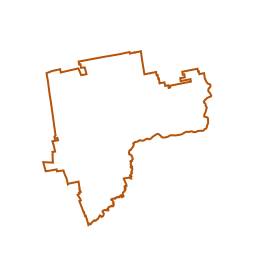 Xicoténcatl, Tamaulipas, Mexico (Natural Earth projection), rotated 251°
{"feature_id": "50627088B55744445073678", "entity_name": "Xicoténcatl", "entity_type": "district", "adm_level": 2, "iso_a3": "MEX", "parent_name": "Mexico", "parent_adm1": "Tamaulipas", "projection": "natural_earth1", "projection_center": [-99.006, 22.986], "detail": "fine", "context": "isolated", "style": "outline", "palette": "amber", "viewbox_px": 256, "rotation_deg": 251, "n_neighbors": 0, "source": "geoboundaries", "source_scale": "gbopen_adm2", "svg_char_len": 5641}
<svg xmlns="http://www.w3.org/2000/svg" viewBox="0 0 256 256"><g transform="rotate(251 128 128)"><path d="M148.8,217.1L149.0,217.0L149.7,216.7L155.1,217.8L155.7,213.0L158.5,213.4L158.6,212.6L161.4,213.0L163.5,197.6L160.6,197.1L160.4,198.7L157.4,198.2L157.9,194.9L158.1,193.6L155.2,193.1L154.1,201.1L153.9,203.0L151.4,202.6L154.3,181.4L152.6,181.1L152.6,179.5L155.3,179.9L155.7,176.8L159.3,177.3L159.8,174.1L159.9,172.4L164.6,173.3L164.7,172.6L168.4,173.2L168.5,172.2L171.8,172.8L173.4,161.0L187.5,163.4L196.4,165.2L196.7,162.3L197.2,159.5L197.0,159.4L197.4,158.8L197.2,158.7L197.3,158.1L197.8,154.0L199.3,154.2L200.6,143.6L203.2,127.8L206.9,103.0L203.9,102.5L203.7,103.8L200.2,103.2L199.4,106.8L192.4,106.3L193.1,101.0L200.5,100.5L201.0,96.0L202.4,82.5L205.7,83.0L206.4,76.3L206.6,75.2L206.4,68.8L202.9,68.2L198.7,67.6L184.5,64.7L177.4,63.5L147.3,57.6L144.5,57.1L143.9,55.7L141.7,55.4L141.6,58.0L139.2,57.8L140.1,52.2L135.7,52.1L129.4,51.4L130.0,48.8L129.1,48.7L128.5,48.4L127.5,48.1L127.2,47.9L126.9,47.9L124.5,47.1L122.6,46.5L119.7,45.8L123.3,36.7L113.9,36.1L113.7,37.4L113.0,41.0L112.1,47.0L110.2,46.7L108.9,53.1L104.4,53.1L101.3,53.4L99.4,53.4L94.3,52.8L94.7,54.5L94.4,56.1L93.4,63.8L87.1,62.6L85.9,62.5L85.8,62.0L83.0,62.5L83.0,60.7L81.7,60.9L81.3,58.6L76.4,59.8L74.9,59.8L74.8,58.2L67.4,58.5L63.3,58.6L63.2,58.6L62.7,58.6L62.7,59.0L58.7,58.7L58.7,59.5L54.0,59.3L49.2,59.0L49.4,59.4L50.3,59.8L50.4,60.1L50.2,60.5L49.1,61.0L49.1,61.3L49.3,61.5L49.7,62.1L50.7,63.6L51.0,64.3L51.4,65.1L51.6,65.6L51.6,66.1L51.0,66.3L51.0,66.8L50.9,67.3L51.3,67.7L51.6,68.6L51.7,68.9L51.5,69.1L51.6,69.5L52.1,70.1L52.4,70.6L52.8,71.1L53.8,72.1L54.3,72.7L54.5,73.0L54.3,73.2L53.8,73.6L52.7,73.8L52.5,74.7L52.6,75.1L52.9,75.6L53.7,76.6L54.5,77.1L55.7,77.2L56.6,76.7L57.2,76.8L57.7,76.9L57.9,77.4L58.1,79.0L57.8,80.0L57.4,80.2L57.2,81.4L56.6,82.0L56.5,82.5L57.0,82.9L57.8,83.0L58.3,82.7L58.5,82.6L58.8,83.4L59.5,84.0L59.6,84.6L59.6,85.2L59.3,86.0L59.4,86.3L59.8,86.7L59.8,87.1L59.7,87.4L59.0,87.9L58.8,88.3L58.9,88.5L59.1,88.6L59.4,89.0L60.1,89.6L60.3,89.6L60.8,89.4L61.0,89.3L61.4,89.3L61.7,89.5L61.6,89.8L61.9,90.1L62.9,90.1L64.1,89.8L64.8,89.5L65.4,88.8L65.7,88.8L66.0,89.1L66.2,89.7L66.0,90.2L65.9,90.5L66.1,91.2L65.9,92.2L65.7,92.5L65.3,92.7L65.5,93.4L65.7,93.7L66.2,94.0L66.2,94.4L65.9,94.5L65.9,94.8L66.2,95.3L66.2,95.5L66.2,95.9L65.7,96.4L65.9,96.9L65.7,97.1L65.3,97.3L65.3,97.6L66.1,98.1L66.8,99.2L66.7,99.4L65.2,100.1L64.8,99.8L64.6,99.8L64.6,100.0L64.7,100.7L64.8,101.5L65.0,101.6L65.8,101.6L66.6,101.5L67.0,101.4L68.5,102.1L68.9,102.7L69.1,103.7L69.2,104.1L70.1,104.6L70.3,105.0L70.3,105.3L70.7,105.5L71.1,105.1L71.3,105.4L71.6,106.0L71.8,106.1L72.0,106.1L72.5,105.8L72.6,105.4L73.6,105.6L73.8,105.9L74.0,106.0L74.0,106.4L73.5,106.7L73.4,106.9L73.5,107.6L73.9,107.8L75.2,108.0L81.0,107.5L81.6,107.5L80.7,113.3L80.3,113.3L80.1,113.5L79.7,114.1L79.2,114.4L79.1,114.6L79.5,114.7L79.9,114.3L80.0,114.0L80.2,113.6L80.3,113.5L80.5,113.4L80.8,113.5L80.9,114.0L80.8,114.7L80.9,114.9L80.9,115.2L81.2,115.6L81.5,115.5L81.8,115.4L82.0,115.1L82.1,114.9L82.2,114.7L82.5,114.5L82.8,114.8L83.0,115.3L83.5,115.8L83.8,116.9L84.1,117.2L85.1,116.7L85.5,116.7L85.8,117.4L87.0,118.3L87.5,118.6L88.1,118.6L88.5,118.9L89.0,118.9L89.2,118.3L89.6,117.9L89.9,117.8L90.3,117.8L90.5,118.0L90.3,118.4L89.9,118.9L89.9,119.2L90.5,119.3L91.5,118.7L92.2,118.6L92.8,118.6L93.7,119.3L94.3,119.5L94.5,119.6L95.7,119.3L95.9,119.5L95.8,120.2L95.5,120.6L95.5,120.8L95.5,121.0L96.9,121.9L96.9,122.2L97.2,122.5L97.5,122.5L97.8,122.5L98.3,122.4L99.1,122.6L99.6,122.5L100.4,122.3L101.2,122.4L101.5,122.1L101.9,121.7L102.2,121.2L102.7,120.7L102.9,120.6L103.1,120.6L103.5,120.7L103.9,121.0L104.5,120.9L104.7,121.0L104.9,121.2L106.1,121.9L106.4,122.4L106.2,123.1L106.3,123.6L107.0,124.1L108.2,126.1L108.5,126.5L109.7,127.6L110.4,128.0L110.6,128.1L111.2,127.8L111.5,127.8L111.9,128.1L111.9,128.4L111.9,129.2L112.3,129.5L112.5,129.8L112.5,130.1L112.3,130.5L112.2,131.5L112.1,131.9L112.2,132.4L112.1,133.9L112.4,134.2L112.7,135.0L112.0,136.1L111.5,137.0L111.1,138.1L111.1,138.6L111.1,139.1L111.7,141.8L111.7,142.5L111.4,143.1L110.4,144.4L110.4,145.6L110.6,146.2L111.3,147.7L112.0,149.6L112.6,152.3L112.8,154.0L112.5,154.7L112.2,155.0L110.7,155.9L109.7,156.6L109.0,156.6L108.2,157.1L107.5,158.1L106.8,161.0L106.8,163.1L107.3,165.3L107.2,166.0L105.6,170.3L105.2,172.0L104.7,175.0L104.6,177.2L105.3,180.3L105.4,181.2L105.1,183.0L104.6,183.8L104.2,186.9L104.1,187.3L103.8,187.6L102.9,188.3L102.6,189.0L102.3,190.1L102.1,191.0L102.4,192.9L101.6,196.4L101.2,197.0L100.9,197.9L101.3,199.0L101.8,199.7L102.0,200.2L102.0,201.1L102.1,201.8L102.4,202.2L103.1,202.8L103.6,202.8L103.8,202.9L104.1,203.2L104.5,203.5L104.9,203.8L105.2,204.1L105.6,204.6L106.0,204.9L106.5,205.2L107.2,205.6L107.8,205.8L109.8,206.4L111.1,206.7L111.5,206.7L111.9,206.5L112.3,206.3L112.7,205.8L113.1,205.2L113.3,204.7L113.9,204.0L114.1,203.8L114.3,203.8L115.0,204.0L115.4,204.3L116.7,205.4L117.9,206.6L119.2,207.5L120.0,207.9L120.7,208.5L121.7,209.1L122.0,209.2L122.5,209.1L123.3,208.7L123.6,208.6L123.8,208.7L124.8,209.1L125.5,209.1L126.3,208.8L127.1,208.3L127.5,208.2L128.0,208.3L128.4,208.6L128.8,209.0L129.1,209.2L129.2,209.4L129.4,209.8L129.9,210.9L130.2,211.7L130.6,212.8L130.8,214.1L130.8,214.7L130.8,216.2L130.8,216.6L131.0,216.9L131.3,217.1L131.7,217.2L133.1,217.1L134.5,216.8L136.5,216.0L137.0,216.0L138.2,216.5L138.8,216.9L139.2,217.2L139.3,217.4L139.4,217.9L139.5,218.2L140.0,219.0L140.6,219.6L141.1,219.8L141.6,219.9L142.0,219.9L142.6,219.7L142.8,219.5L143.0,219.2L143.7,218.4L144.0,218.0L144.2,217.8L144.5,217.6L146.3,217.2L148.0,216.9L148.5,217.0L148.8,217.1Z" fill="none" stroke="#b45309" stroke-width="2"/></g></svg>